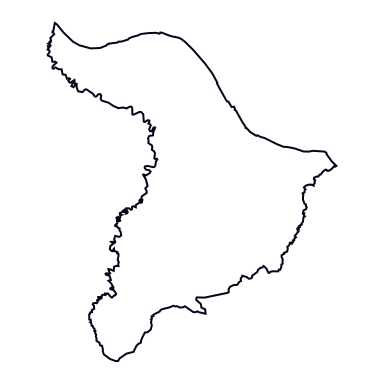 Karawang, Jawa Barat, Indonesia (orthographic projection)
{"feature_id": "22746128B53840275251202", "entity_name": "Karawang", "entity_type": "district", "adm_level": 2, "iso_a3": "IDN", "parent_name": "Indonesia", "parent_adm1": "Jawa Barat", "projection": "orthographic", "projection_center": [107.411, -6.265], "detail": "fine", "context": "isolated", "style": "outline", "palette": "ink", "viewbox_px": 384, "rotation_deg": 0, "n_neighbors": 0, "source": "geoboundaries", "source_scale": "gbopen_adm2", "svg_char_len": 5932}
<svg xmlns="http://www.w3.org/2000/svg" viewBox="0 0 384 384"><path d="M92.8,304.5L93.9,305.8L94.2,308.9L91.8,309.9L92.0,312.1L90.2,312.4L89.9,313.9L89.2,314.3L89.3,319.5L90.7,319.7L90.9,321.4L90.1,322.2L91.2,322.8L91.6,325.7L92.6,325.9L93.3,327.7L94.7,329.1L94.3,330.9L95.4,331.0L95.1,332.9L96.2,334.8L95.8,336.3L96.6,338.7L96.4,340.7L99.4,342.7L100.2,345.4L102.1,345.8L102.9,349.6L102.7,351.1L103.9,354.5L110.1,359.0L115.4,361.0L118.1,361.0L119.7,358.3L126.6,353.6L133.5,351.9L136.3,346.1L137.7,344.4L141.0,342.5L141.1,340.7L142.1,337.9L144.9,332.5L147.6,332.2L150.8,329.4L151.8,325.4L151.0,322.0L151.6,319.8L151.0,319.3L151.9,318.3L151.6,316.3L153.4,316.1L153.4,314.7L159.7,311.5L160.3,310.3L162.0,309.2L169.2,307.5L173.4,305.7L175.0,306.4L177.5,306.3L179.8,307.6L182.9,307.3L185.0,306.3L193.3,312.1L195.9,312.1L197.7,311.3L199.0,312.3L205.6,313.7L205.1,309.3L201.5,307.7L200.7,303.7L196.4,300.2L196.2,298.6L196.8,297.4L204.6,297.6L227.8,292.8L228.7,292.1L228.6,289.4L230.0,286.8L233.8,285.0L237.4,284.8L239.2,281.9L241.0,281.0L240.7,278.3L242.1,276.8L242.2,275.8L246.5,276.9L248.7,278.7L251.0,278.4L252.1,277.4L252.2,275.7L257.3,272.0L258.1,269.6L260.7,267.8L262.1,267.6L263.7,266.0L266.4,268.6L268.3,272.6L269.3,273.0L269.8,272.2L272.1,271.3L278.3,271.3L278.9,269.6L280.2,269.7L281.3,267.0L281.4,264.5L282.7,263.7L282.4,261.8L282.8,259.8L281.5,256.6L281.7,255.1L284.0,254.0L283.8,253.1L284.4,252.5L285.5,252.5L287.2,251.3L287.8,248.4L287.3,247.1L289.8,244.2L289.8,242.8L290.6,242.6L291.0,243.8L292.2,243.5L292.3,242.4L293.0,242.0L292.9,240.5L294.2,240.4L294.3,238.6L296.0,237.3L294.7,235.9L298.6,231.3L298.7,229.4L297.6,230.2L297.3,228.8L298.5,228.6L298.8,227.5L299.8,227.1L299.4,226.6L298.5,227.0L299.2,225.8L301.6,224.7L301.2,224.2L303.0,221.6L303.5,217.1L304.9,216.4L303.5,214.6L304.2,213.4L302.9,213.3L303.6,210.3L306.0,209.2L306.7,207.1L306.0,206.5L305.9,204.4L304.7,204.0L303.0,199.8L303.0,196.1L303.4,195.1L302.6,193.3L304.4,192.5L304.7,190.0L305.5,189.4L303.9,187.4L306.5,185.3L309.8,184.5L310.8,185.0L311.7,184.6L313.6,185.6L313.5,184.6L314.7,183.4L314.5,181.9L315.2,180.3L313.9,179.4L314.0,177.8L316.5,176.5L318.4,176.5L319.6,174.6L320.6,174.6L322.9,171.6L325.4,169.6L326.7,169.9L327.1,170.8L329.3,170.6L332.1,168.6L334.4,165.7L335.1,166.7L336.4,165.9L331.8,161.4L326.7,154.4L326.4,152.9L324.7,151.6L313.0,150.8L308.8,151.6L303.6,151.5L294.5,148.4L287.3,147.0L283.6,146.8L277.0,144.2L264.5,138.0L260.5,136.9L257.4,135.2L256.4,135.9L250.1,132.0L246.7,128.2L245.5,127.9L245.5,126.8L242.4,122.1L235.9,110.5L234.6,109.8L234.9,108.8L234.1,106.7L231.6,107.0L228.4,101.6L226.9,101.4L219.2,87.7L216.9,83.2L217.3,82.6L212.3,73.4L204.9,63.4L193.3,50.0L185.2,42.0L181.2,38.9L178.6,37.7L170.4,36.0L161.9,32.7L160.3,32.5L159.6,33.7L156.0,32.8L148.7,33.1L140.7,34.0L138.4,35.3L132.2,37.0L128.8,38.5L128.1,39.5L121.4,41.6L118.6,41.6L117.3,42.6L108.8,43.6L108.7,44.1L106.9,44.5L106.4,45.5L100.1,48.0L90.7,48.4L79.4,45.3L73.0,41.7L63.3,32.3L57.0,24.5L54.8,23.0L53.3,31.0L52.6,31.3L52.4,32.4L53.3,32.7L54.2,34.2L50.3,38.0L51.1,40.1L49.8,41.6L50.6,42.0L48.3,43.6L49.8,43.9L49.3,45.1L50.5,45.7L49.4,46.7L47.9,46.4L48.1,47.2L49.1,47.6L47.6,49.5L49.3,50.5L49.7,51.9L47.8,54.5L47.8,55.5L51.6,57.3L52.4,61.7L55.5,61.8L56.5,62.7L53.1,65.7L52.5,67.0L52.6,68.5L53.7,68.8L55.4,67.3L58.4,69.2L61.6,69.3L62.6,74.4L65.6,74.8L66.9,78.7L69.4,78.2L70.1,78.9L68.3,80.7L69.5,82.5L70.5,82.6L74.4,80.0L74.8,83.1L72.6,83.2L71.4,86.2L73.5,87.2L75.8,84.0L76.7,83.9L76.6,87.3L78.2,91.3L82.4,92.1L85.1,89.5L86.5,89.4L92.9,93.7L94.5,96.1L95.5,96.7L96.5,96.4L98.2,94.4L100.0,94.0L101.2,95.3L100.7,99.1L101.8,100.6L108.7,102.8L113.4,106.0L118.5,108.2L122.9,107.5L126.7,108.4L129.8,106.6L131.5,106.7L132.2,108.1L132.4,114.5L133.9,114.5L139.6,111.9L141.1,112.0L143.2,114.2L143.8,121.6L145.0,122.0L147.6,120.2L149.3,120.5L149.3,121.7L148.4,123.5L150.4,124.5L150.7,125.5L149.2,129.4L149.9,131.1L151.7,131.4L153.3,127.9L154.4,127.2L155.2,127.7L153.4,131.7L153.0,135.4L149.3,135.9L148.0,138.3L148.6,140.3L148.4,143.1L151.8,145.3L152.3,146.8L151.9,149.7L154.1,151.4L155.0,153.0L154.3,158.4L154.9,158.9L156.9,158.8L157.3,159.6L155.9,161.5L155.4,165.4L154.4,166.9L153.3,167.2L148.0,166.0L145.2,166.3L144.7,166.8L144.7,167.9L146.1,169.7L149.1,170.2L150.6,171.5L149.8,173.1L145.8,175.5L143.7,174.4L143.1,174.7L145.9,179.5L147.6,185.9L145.3,188.4L146.6,190.8L146.7,192.9L141.8,196.4L141.2,199.0L142.4,199.7L142.0,202.0L141.3,201.8L140.8,200.0L140.1,199.7L139.4,200.6L140.6,202.7L139.0,202.8L135.8,205.1L135.8,207.3L133.7,206.3L132.5,206.5L132.0,207.1L132.1,209.1L131.0,209.8L129.1,208.3L126.2,208.3L126.2,209.4L127.7,211.9L127.3,213.2L125.7,213.7L125.5,210.3L124.5,209.5L124.1,209.9L124.5,211.9L123.5,212.0L122.6,211.1L121.7,212.3L119.7,213.2L119.9,214.0L121.7,214.8L120.1,215.3L120.3,217.1L119.8,218.5L118.7,218.6L118.5,217.4L117.7,216.8L116.4,217.9L117.0,219.5L119.3,219.5L120.2,220.7L119.7,221.1L117.0,221.1L117.3,223.5L115.7,224.4L115.0,225.6L115.6,226.2L117.1,226.2L118.0,227.9L119.6,228.4L119.5,230.2L120.6,231.7L121.2,235.5L119.3,236.9L115.2,235.9L114.2,239.4L115.3,242.1L114.3,243.1L112.9,241.8L111.3,241.9L112.6,243.1L112.8,244.2L110.3,246.0L109.9,249.3L111.3,250.8L112.8,251.3L113.4,251.0L113.4,249.3L114.0,248.7L114.0,250.1L114.9,251.3L117.3,251.9L117.1,253.3L118.4,253.7L118.5,255.8L117.7,260.0L118.8,262.1L118.2,264.3L118.5,266.1L116.3,265.9L114.1,266.7L113.7,270.9L110.8,269.5L108.4,269.2L109.4,272.3L110.2,273.2L109.2,274.1L107.5,273.4L106.1,273.3L105.5,273.9L106.2,274.9L109.4,275.5L110.9,280.0L108.5,280.7L111.1,283.2L113.5,287.5L113.2,289.2L112.0,288.6L111.5,287.5L110.5,288.0L110.2,288.9L114.0,290.5L116.2,293.8L115.2,295.4L114.2,295.4L112.1,297.5L111.2,297.3L108.0,293.6L107.1,293.4L106.7,294.1L105.1,293.6L105.2,295.0L103.1,294.7L102.0,295.2L101.5,298.4L99.2,299.1L99.1,298.4L100.1,297.8L100.0,296.9L98.1,297.1L98.6,300.1L96.3,300.3L97.7,300.8L97.5,302.5L96.3,303.3L95.2,302.9L93.1,303.4L92.8,304.5Z" fill="none" stroke="#020617" stroke-width="2"/></svg>